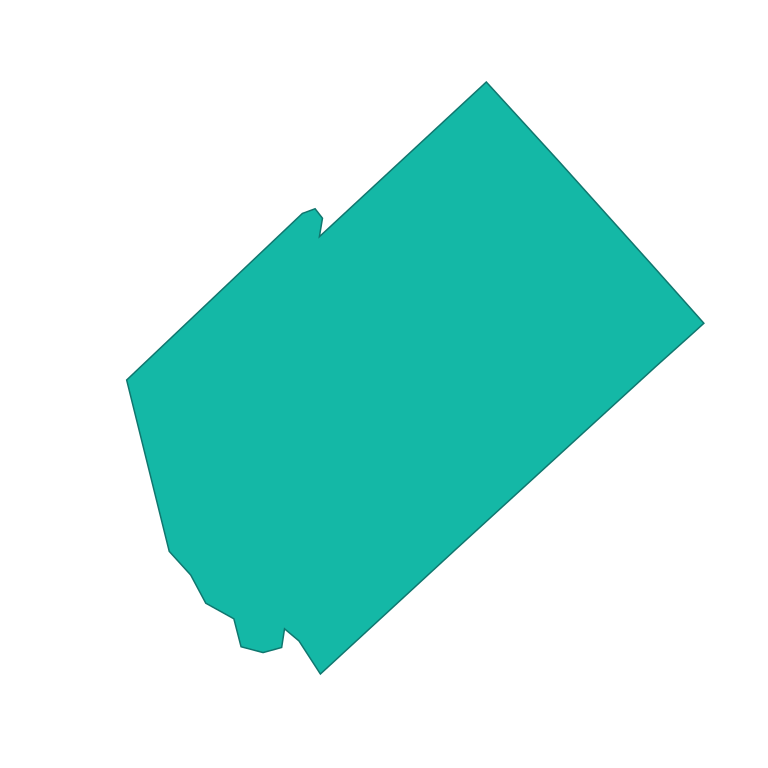 Ross, Ohio, United States of America, rotated 314°
{"feature_id": "52423323B5632937542361", "entity_name": "Ross", "entity_type": "district", "adm_level": 2, "iso_a3": "USA", "parent_name": "United States of America", "parent_adm1": "Ohio", "projection": "robinson", "projection_center": [-83.117, 39.342], "detail": "fine", "context": "isolated", "style": "filled", "palette": "teal", "viewbox_px": 768, "rotation_deg": 314, "n_neighbors": 0, "source": "geoboundaries", "source_scale": "gbopen_adm2", "svg_char_len": 458}
<svg xmlns="http://www.w3.org/2000/svg" viewBox="0 0 768 768"><g transform="rotate(314 384 384)"><path d="M131.2,539.7L315.4,550.5L584.7,567.3L632.9,570.8L649.9,571.9L653.2,528.5L655.6,496.5L665.6,355.8L672.3,247.8L445.1,235.2L460.5,224.6L462.2,212.7L450.0,206.8L208.1,196.1L114.4,345.8L112.3,377.7L102.5,408.1L110.8,439.1L95.7,463.7L106.8,483.6L123.4,493.4L138.8,482.5L140.1,501.3L131.2,539.7Z" fill="#14b8a6" stroke="#0f766e" stroke-width="1.5"/></g></svg>